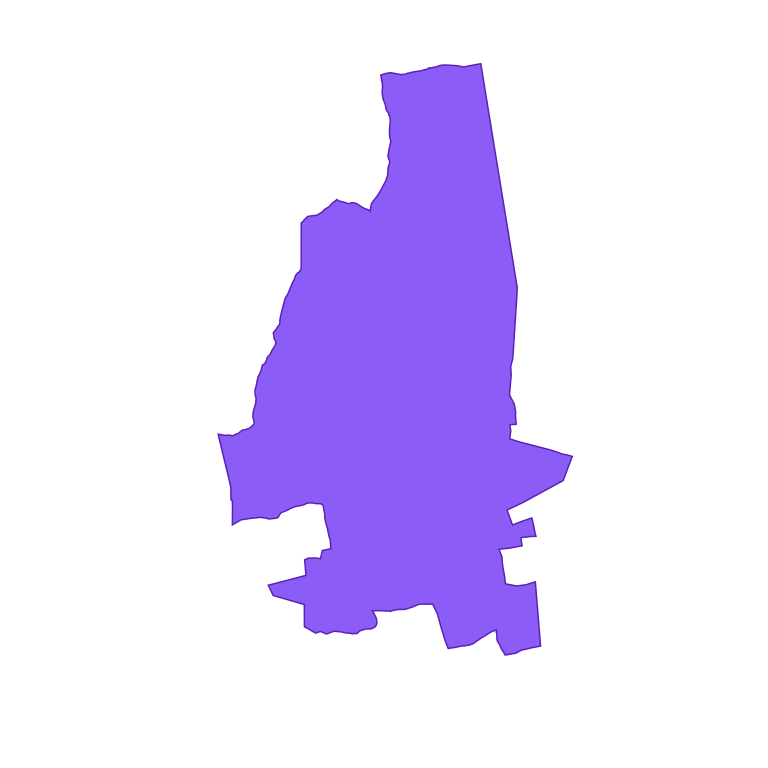 the district of Akil, Yucatán, Mexico, rotated 163°
{"feature_id": "50627088B40432744920645", "entity_name": "Akil", "entity_type": "district", "adm_level": 2, "iso_a3": "MEX", "parent_name": "Mexico", "parent_adm1": "Yucatán", "projection": "natural_earth1", "projection_center": [-89.34, 20.26], "detail": "fine", "context": "isolated", "style": "filled", "palette": "violet", "viewbox_px": 768, "rotation_deg": 163, "n_neighbors": 0, "source": "geoboundaries", "source_scale": "gbopen_adm2", "svg_char_len": 4745}
<svg xmlns="http://www.w3.org/2000/svg" viewBox="0 0 768 768"><g transform="rotate(163 384 384)"><path d="M347.4,89.4L336.8,88.0L330.3,89.3L318.2,88.4L310.9,87.6L297.1,150.6L307.1,150.5L316.3,152.1L326.3,157.4L324.9,164.8L324.5,168.5L323.7,174.9L322.5,181.6L321.7,183.7L322.3,192.4L313.0,190.5L311.1,190.2L299.2,188.9L298.2,196.8L295.3,196.7L294.4,196.5L292.9,195.9L291.3,195.8L289.5,195.6L287.1,195.0L284.8,194.3L283.2,193.9L283.1,197.0L282.9,199.4L282.1,206.7L281.8,212.7L291.4,212.4L302.3,211.6L303.2,227.5L286.1,230.0L240.9,239.3L229.9,253.5L225.1,259.7L228.0,261.6L231.0,263.4L232.8,264.1L235.4,265.9L237.9,267.8L243.1,271.6L271.6,289.1L279.7,294.7L277.7,299.4L276.5,301.9L275.5,308.3L269.4,306.8L268.7,310.0L268.0,313.1L267.8,314.6L267.5,315.3L266.6,317.8L266.0,320.4L265.8,322.6L265.5,325.0L265.4,327.3L267.2,336.9L259.7,355.5L257.7,363.7L253.3,370.9L231.8,427.8L228.4,437.2L197.8,662.0L208.3,663.2L212.6,663.6L215.4,664.0L216.9,664.8L218.2,665.6L219.6,666.3L221.6,667.2L228.1,669.7L229.6,670.2L232.3,671.2L234.0,671.6L236.9,672.2L238.8,672.2L241.7,672.0L243.9,672.4L246.7,672.5L248.4,673.2L250.0,672.5L251.3,672.5L252.9,672.6L255.4,672.7L257.3,672.7L260.3,673.2L261.9,673.4L264.9,673.9L265.8,673.9L268.3,674.1L269.6,674.1L271.3,674.3L272.8,674.0L274.7,674.5L277.1,674.8L286.5,679.7L290.7,680.4L296.8,680.4L296.8,680.1L296.9,678.1L297.6,675.0L297.5,672.4L298.7,668.0L300.2,664.5L300.8,662.0L301.2,659.3L301.5,657.3L301.4,654.6L301.1,651.5L301.7,645.2L300.3,641.3L300.8,640.1L300.2,638.1L301.4,632.8L303.4,628.2L305.7,621.5L306.2,618.5L306.5,616.1L306.5,614.0L307.9,611.7L311.0,606.1L312.3,603.4L313.3,601.8L313.8,598.3L313.4,595.2L313.9,594.1L315.1,592.0L316.7,590.0L319.1,583.6L319.9,582.0L322.6,578.1L329.7,570.9L334.4,566.6L343.2,560.3L346.8,553.1L347.5,554.7L352.2,558.3L356.7,563.7L358.4,565.3L361.3,566.7L365.3,566.8L368.7,569.3L373.3,572.0L375.1,574.1L380.6,572.0L384.6,569.6L390.2,568.2L392.5,566.7L398.6,565.0L402.7,565.7L407.1,566.5L408.4,566.4L410.0,565.5L412.8,564.1L413.2,563.4L416.0,562.3L429.2,519.4L430.0,518.1L431.3,516.7L432.2,516.1L432.9,515.8L434.0,515.5L436.9,513.6L439.4,509.9L441.7,507.9L450.0,497.8L453.3,495.1L458.7,486.5L463.3,478.7L464.0,477.2L465.0,475.3L465.7,472.7L467.4,470.7L468.7,470.1L470.8,468.1L472.7,466.9L474.9,465.4L475.3,462.3L475.8,459.1L475.1,457.0L475.6,454.6L477.0,452.5L481.2,449.0L482.3,447.7L484.5,445.5L488.1,443.5L489.1,441.4L491.9,438.5L494.8,437.5L497.6,433.0L499.2,430.8L502.1,427.9L504.2,424.6L505.8,421.1L507.5,418.5L509.3,415.5L510.3,411.0L510.5,409.2L510.4,407.7L511.4,405.7L511.9,403.9L514.5,399.8L516.4,397.0L517.4,395.0L518.4,392.8L519.2,389.7L519.0,387.9L519.8,383.8L523.5,381.9L526.2,380.9L530.6,381.0L532.9,381.3L538.7,379.1L540.8,379.3L543.5,378.6L548.0,380.8L549.6,380.9L552.1,381.8L555.5,383.7L557.3,384.4L558.8,359.7L559.9,340.4L560.7,330.1L564.2,317.9L563.1,317.1L564.5,311.8L570.2,293.6L560.5,295.9L551.4,294.6L541.1,292.6L535.7,290.0L533.6,288.6L530.7,288.0L527.0,287.3L525.1,287.2L523.9,287.7L522.6,289.1L521.4,290.0L520.0,291.1L519.6,291.1L518.6,291.1L515.5,291.4L514.9,291.4L513.8,291.5L513.2,291.6L511.6,292.0L507.5,292.6L507.1,292.7L505.3,292.7L503.8,292.6L502.4,292.5L500.0,292.2L499.3,292.1L496.1,292.0L495.9,292.0L494.9,292.1L494.5,292.1L493.8,292.3L492.5,292.4L492.4,292.4L491.2,292.3L489.8,292.0L488.2,291.5L486.8,291.0L485.7,290.4L485.4,290.2L484.0,289.5L482.2,288.8L481.1,288.6L480.6,288.4L479.4,287.9L478.4,286.9L477.8,285.8L478.6,277.6L479.6,273.9L480.1,270.6L480.3,266.8L480.3,262.9L480.7,258.9L481.1,254.4L481.1,250.4L482.1,245.8L483.0,242.0L491.7,242.8L495.8,235.6L500.6,237.7L507.2,239.6L511.3,239.1L514.6,223.8L546.2,225.1L553.5,225.4L551.8,214.1L524.7,196.4L531.1,175.1L528.2,172.3L524.1,167.7L522.1,165.8L517.0,165.9L512.2,161.8L510.3,161.8L504.6,162.2L502.6,161.7L500.5,160.7L497.9,159.7L495.7,158.4L494.2,157.6L491.5,156.4L489.6,155.7L487.1,154.3L485.5,154.1L483.5,153.5L482.7,153.3L479.5,154.9L476.6,155.1L472.6,155.0L469.6,154.0L467.8,153.6L464.0,154.2L463.0,154.7L462.0,155.6L461.1,156.7L460.6,157.8L459.8,161.9L460.2,164.6L460.6,167.3L461.6,170.6L459.4,169.9L456.2,169.1L454.9,168.6L453.7,168.3L452.0,167.5L451.9,167.5L450.8,167.3L448.5,166.3L447.5,166.1L445.7,165.5L444.6,164.7L442.9,164.8L440.2,164.7L437.4,164.4L435.0,163.8L430.0,162.4L422.4,162.4L414.3,163.1L401.8,159.2L400.1,148.6L400.6,132.7L400.5,127.7L400.6,122.8L400.5,119.4L399.9,112.2L398.4,112.1L392.8,111.3L389.3,111.0L386.4,110.7L383.3,110.0L378.4,109.4L375.8,109.5L373.1,110.0L370.1,111.3L368.6,111.5L365.0,112.8L362.5,113.2L361.6,113.6L359.3,114.2L353.8,115.7L348.4,116.0L349.2,113.8L349.3,111.7L349.7,110.0L350.4,107.9L350.8,105.3L349.9,101.9L349.7,101.0L349.4,98.5L349.2,96.3L348.4,93.8L348.0,92.1L347.4,89.4Z" fill="#8b5cf6" stroke="#5b21b6" stroke-width="1.5"/></g></svg>